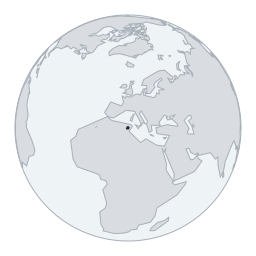 Kassérine highlighted on a globe, orthographic projection, rotated 22°
{"feature_id": "TUN-110", "entity_name": "Kassérine", "entity_type": "Governorate", "adm_level": 1, "iso_a3": "TUN", "parent_name": "Tunisia", "parent_adm1": "", "projection": "orthographic", "projection_center": [8.892, 35.211], "detail": "fine", "context": "on_globe", "style": "filled", "palette": "slate", "viewbox_px": 256, "rotation_deg": 22, "n_neighbors": 0, "source": "natural_earth", "source_scale": "10m", "svg_char_len": 9879}
<svg xmlns="http://www.w3.org/2000/svg" viewBox="0 0 256 256"><g transform="rotate(22 128 128)"><circle cx="128" cy="128" r="113" fill="#eef3f6" stroke="#a8b0b8"/><path d="M69.4,31.8L73.6,29.6L70.5,31.3L72.9,30.2L76.8,28.1L78.9,27.0L92.2,22.5L105.7,18.7L108.8,17.6L109.1,18.1L114.2,16.3L120.1,15.6L120.4,15.6L114.0,16.4L113.9,16.7L118.7,16.0L119.6,16.2L122.4,16.1L123.1,16.4L119.1,17.2L119.4,17.5L122.8,17.1L125.6,17.4L120.5,17.9L124.9,18.6L119.0,20.7L105.0,22.9L102.4,25.4L89.7,31.4L91.5,31.5L87.8,34.3L88.6,35.6L86.0,36.6L88.8,36.8L91.0,35.6L93.0,35.4L93.6,36.1L90.5,37.4L89.7,37.3L89.1,38.1L87.2,38.5L88.5,38.7L84.6,40.4L89.4,39.9L87.0,42.2L84.2,43.1L83.3,41.5L74.6,40.4L71.5,41.3L68.0,43.9L63.6,51.7L60.7,53.5L57.4,57.1L59.6,56.7L62.9,53.8L66.1,54.1L69.7,50.8L71.6,50.6L75.7,48.1L76.3,50.2L74.6,53.7L71.1,56.0L70.3,57.7L74.6,57.2L69.1,63.3L67.1,70.9L65.6,72.4L60.8,72.2L58.3,67.8L52.1,68.6L57.3,70.0L53.4,74.4L53.2,76.0L54.1,77.1L56.1,76.3L55.0,78.3L49.4,77.4L50.3,75.5L52.1,75.7L50.9,73.8L47.1,73.7L45.4,76.2L41.5,74.3L40.2,76.2L38.7,77.0L40.9,74.1L36.8,79.4L31.9,79.8L26.1,89.6L30.5,79.5L31.3,76.3L31.7,73.5L30.7,75.0L32.6,69.9L32.0,69.5L28.3,75.6L27.7,76.7L32.0,69.0L37.0,61.6L42.5,54.7L48.5,48.2L55.0,42.2L62.0,36.7L69.4,31.8ZM24.5,83.5L23.1,87.2L24.2,85.4L23.8,88.0L20.7,94.3L19.4,101.2L17.6,107.3L16.8,112.4L17.0,114.3L16.9,119.0L18.1,117.2L19.5,118.5L18.3,124.0L20.0,120.9L20.1,125.4L23.5,131.9L22.9,132.6L25.6,144.7L30.5,153.4L31.6,158.8L30.9,160.5L33.0,163.3L33.0,164.9L43.3,175.3L49.9,183.2L50.7,188.5L47.0,191.5L48.2,201.2L42.8,199.2L44.4,202.5L45.2,204.4L39.8,198.1L35.0,191.5L30.6,184.5L26.7,177.3L23.4,169.7L20.6,162.0L18.4,154.1L16.8,146.0L15.8,137.8L15.4,129.6L15.9,126.3L16.7,118.0L16.8,115.4L16.3,116.7L17.4,107.0L19.1,99.8L21.0,92.8L24.5,83.5ZM24.4,92.4L23.1,103.4L22.2,100.3L22.7,100.2L23.4,96.6L24.0,91.9L23.7,89.6L24.4,92.4ZM27.4,90.2L27.5,88.7L27.7,89.7L27.4,90.2ZM79.6,26.5L76.8,28.0L72.9,30.0L75.1,28.7L79.6,26.5ZM87.2,23.4L86.1,24.0L83.7,24.8L85.1,24.2L87.2,23.4ZM110.9,16.9L108.4,17.4L110.5,16.9L110.9,16.9ZM122.7,16.0L123.1,15.9L124.4,15.9L122.7,16.0ZM75.2,47.1L75.4,47.6L74.5,47.8L75.2,47.1ZM76.7,45.7L75.4,45.6L76.0,44.9L76.7,45.0L76.7,45.7ZM126.6,16.5L128.5,16.7L125.9,16.6L126.6,16.5ZM78.1,46.0L77.1,43.7L78.1,42.5L81.9,41.9L78.1,46.0ZM129.2,17.0L134.0,17.8L135.4,17.5L134.2,19.1L130.5,17.7L127.0,17.5L129.2,17.3L129.2,17.0ZM91.4,35.0L89.1,36.2L90.5,34.5L91.4,35.0ZM91.8,34.0L93.1,29.7L96.9,28.4L95.7,30.0L100.0,28.0L101.2,29.4L99.1,30.8L96.4,31.3L98.9,31.5L91.8,34.0ZM132.9,20.0L133.4,20.4L132.1,20.1L132.9,20.0ZM93.9,35.1L93.8,34.3L97.0,33.1L97.8,34.6L96.5,34.5L93.9,35.1ZM100.6,26.8L103.1,26.3L104.8,27.3L106.0,27.2L101.6,29.3L100.6,26.8ZM96.1,35.1L98.0,35.4L97.1,36.6L94.2,35.9L96.1,35.1ZM97.6,32.2L99.1,31.7L98.5,32.4L97.6,32.2ZM94.9,41.7L94.7,40.5L96.4,39.8L94.9,41.7ZM98.8,35.4L99.2,34.9L99.8,34.6L100.9,35.0L98.8,35.4ZM103.0,30.0L103.2,30.6L104.9,29.1L106.2,30.0L103.0,31.3L105.0,31.1L105.4,31.3L102.3,32.1L103.0,30.0ZM103.9,34.4L100.3,36.6L100.2,38.8L98.7,39.5L99.1,35.8L103.9,34.4ZM103.2,33.0L103.3,34.0L101.4,34.2L100.2,33.7L103.2,33.0ZM108.3,30.1L107.1,28.5L107.8,28.3L108.3,30.1ZM104.2,34.9L105.1,34.4L104.5,35.1L104.2,34.9ZM107.5,31.5L106.9,30.9L107.8,30.7L107.5,31.5ZM107.3,33.9L106.1,34.6L105.2,34.2L107.3,33.9ZM107.7,32.8L109.0,32.6L105.6,33.7L107.3,32.5L107.7,32.8ZM108.4,31.4L108.7,31.0L108.4,31.6L108.4,31.4ZM111.2,35.1L107.2,36.6L105.3,35.7L109.5,34.3L111.2,35.1ZM208.4,49.1L210.4,51.2L207.6,48.4L207.8,48.9L205.8,47.1L209.2,51.1L206.5,48.7L210.5,53.3L212.0,54.4L210.0,51.5L214.7,56.9L216.2,58.0L219.0,61.6L224.9,70.6L227.3,74.9L230.6,82.0L231.5,83.8L231.2,83.9L233.2,89.5L235.6,94.6L238.7,107.0L238.3,105.3L237.5,105.3L239.2,112.9L239.8,114.5L240.4,120.1L239.9,116.3L239.6,116.1L238.4,109.9L235.7,103.1L235.9,107.7L234.7,104.1L231.0,100.2L230.5,106.8L230.7,122.7L232.7,132.3L231.9,138.7L225.8,129.4L222.1,121.2L220.6,124.1L213.8,120.0L204.0,126.8L202.0,125.0L200.3,127.5L195.4,127.2L192.2,124.0L189.5,125.7L198.0,134.0L200.8,132.2L202.4,126.4L204.3,129.9L208.9,130.9L205.9,143.5L190.4,160.0L187.9,153.1L171.2,136.3L171.1,133.7L170.8,133.0L170.2,137.4L167.0,133.8L177.0,146.7L179.1,152.7L190.2,160.6L189.4,162.1L192.7,163.2L202.0,155.9L202.3,158.3L198.5,171.7L184.7,191.4L186.0,199.5L184.1,206.9L174.3,214.1L174.0,218.6L168.8,221.5L167.7,224.0L162.8,227.4L155.1,230.9L143.4,232.7L143.5,230.9L139.0,227.4L133.2,216.5L137.1,210.5L136.4,205.7L127.8,194.7L129.8,187.9L127.2,185.1L122.1,185.8L119.1,182.3L115.9,182.1L95.4,183.0L88.7,177.4L79.4,160.8L82.7,155.3L82.4,147.9L104.6,125.2L110.3,127.1L129.0,123.8L131.5,124.6L130.4,130.8L145.2,136.8L148.7,131.3L161.1,133.2L168.6,131.2L169.4,119.4L157.0,122.4L153.8,117.4L162.9,110.3L173.5,107.9L172.6,105.9L165.0,103.1L166.5,98.5L162.2,101.8L164.6,103.5L162.0,105.7L159.7,104.4L160.3,102.7L156.8,102.6L154.7,111.0L156.9,113.6L148.4,116.7L151.3,121.4L149.3,124.2L143.7,117.3L143.5,114.4L133.8,107.3L133.2,110.5L142.3,117.6L139.9,117.3L139.1,122.1L137.8,118.2L128.0,110.1L119.7,112.3L110.7,124.2L105.5,124.9L100.5,122.3L102.2,110.3L113.6,110.0L114.3,106.2L110.7,100.6L114.4,101.1L114.3,98.9L118.5,98.6L123.1,93.3L127.1,92.6L127.6,86.0L129.8,84.8L128.8,89.0L130.4,91.7L140.2,90.3L141.8,88.7L141.3,84.6L144.1,84.9L142.4,81.2L147.5,78.7L139.9,78.7L139.1,74.4L141.5,70.7L139.9,69.4L136.0,75.6L135.7,78.1L137.7,80.1L135.6,87.6L132.5,89.1L129.5,81.7L124.7,83.3L124.4,77.2L134.9,63.7L140.0,60.7L151.0,64.1L150.6,66.9L146.4,67.0L151.4,70.6L150.4,68.5L152.7,68.9L152.6,65.3L154.2,65.4L151.3,61.9L153.3,61.7L155.1,63.9L156.6,58.8L160.4,57.6L160.0,56.4L158.4,55.5L164.3,54.9L163.7,54.0L161.5,53.9L159.0,52.2L156.8,49.1L158.9,49.1L160.0,50.2L165.5,52.6L168.1,55.8L168.7,55.5L167.0,52.8L160.3,49.7L158.3,47.9L161.6,48.9L160.3,48.4L160.0,47.5L161.7,46.7L158.1,45.5L151.9,36.8L154.6,34.6L158.2,36.2L156.1,31.1L159.3,29.6L157.3,29.4L155.0,27.2L154.0,27.6L152.8,27.4L146.4,22.6L146.5,21.7L141.5,20.0L140.5,20.0L140.1,20.5L134.2,19.1L135.4,17.5L137.6,17.6L136.8,16.8L142.0,17.2L146.0,17.5L152.2,18.9L154.8,19.3L154.2,18.9L157.2,19.4L165.7,21.9L161.6,21.2L149.5,19.1L154.7,19.9L154.3,20.2L156.7,20.9L160.3,21.6L160.2,21.3L170.2,26.2L180.5,30.7L177.7,28.4L178.9,28.4L188.2,33.0L204.0,45.2L205.7,46.4L207.1,47.8L208.4,49.1ZM98.2,137.8L97.9,140.1L98.2,137.8ZM185.7,111.1L191.5,108.9L187.2,103.1L189.0,101.9L186.9,100.4L186.8,102.7L181.4,98.6L183.2,95.4L181.7,92.7L179.7,93.4L177.1,99.9L185.0,105.7L184.4,109.1L185.7,111.1ZM23.6,132.0L23.9,133.9L23.2,132.9L23.6,132.0ZM21.3,102.0L21.4,103.5L21.2,105.0L20.9,104.2L21.3,102.0ZM24.4,113.7L24.9,115.7L24.0,114.5L24.4,113.7ZM23.1,105.1L23.9,112.3L22.2,110.6L21.8,106.2L22.5,107.9L23.1,105.1ZM25.7,92.5L25.6,93.8L25.0,94.4L25.7,92.5ZM27.5,91.0L27.4,90.7L27.8,89.5L27.5,91.0ZM53.7,74.4L54.1,74.6L54.7,75.9L53.6,76.0L53.7,74.4ZM61.7,78.8L59.8,82.0L60.4,79.6L58.6,80.1L57.8,75.8L64.8,73.0L61.8,74.9L61.7,78.8ZM58.7,69.7L58.4,72.5L58.4,69.6L58.7,69.7ZM109.7,88.1L111.6,89.5L110.6,92.0L105.5,93.6L106.8,89.9L109.7,88.1ZM114.4,90.9L112.8,83.6L115.9,82.5L114.4,84.3L116.7,84.3L114.9,87.3L119.4,93.8L118.9,96.5L109.7,97.6L113.0,95.6L111.0,94.3L114.4,90.9ZM103.2,69.1L102.5,66.6L110.1,67.4L109.9,69.7L104.8,71.3L102.0,69.6L103.2,69.1ZM85.0,45.6L84.3,45.0L85.2,44.6L86.5,44.7L85.0,45.6ZM94.7,41.2L89.2,47.6L88.1,47.3L86.2,51.8L82.5,52.7L83.8,49.7L79.6,53.9L79.3,51.6L76.8,54.7L80.1,47.8L79.7,46.1L81.6,47.6L85.0,46.8L86.3,45.9L89.8,42.3L90.6,38.4L94.1,37.2L96.3,37.4L96.7,38.1L94.3,38.6L96.5,39.3L93.3,40.6L94.7,41.2ZM120.9,43.8L118.0,43.5L121.9,46.2L118.7,47.0L119.3,47.3L117.5,48.9L116.3,51.3L114.8,51.4L115.0,52.3L113.8,53.5L113.6,54.9L110.6,55.6L110.2,57.4L109.0,56.7L109.0,59.7L107.7,57.8L106.0,59.3L108.1,60.3L92.8,62.1L87.4,64.7L83.6,68.0L81.9,64.8L84.4,59.7L89.1,54.7L94.6,52.8L92.9,51.8L95.0,50.7L95.5,51.9L95.9,49.4L97.8,48.8L102.0,45.1L101.5,42.1L103.0,40.8L104.1,41.7L104.9,39.8L108.0,40.7L109.2,39.9L113.4,40.1L114.9,42.6L116.1,41.4L119.3,41.7L120.9,43.8ZM112.4,35.2L114.9,37.7L114.4,39.5L107.2,38.4L105.7,39.1L101.1,38.8L101.9,36.3L103.2,36.6L104.6,36.3L103.7,37.2L105.5,36.3L107.2,36.7L109.0,36.2L109.3,37.1L112.4,35.2ZM133.7,122.2L135.5,122.3L138.2,121.7L137.8,124.9L133.7,122.2ZM126.9,116.7L128.5,116.2L129.2,120.2L127.3,120.2L126.9,116.7ZM128.7,112.7L128.5,115.9L127.5,114.2L128.7,112.7ZM130.2,88.4L131.8,87.7L132.2,88.7L131.6,90.2L130.2,88.4ZM131.7,53.1L130.1,52.3L130.4,51.8L128.5,49.1L130.7,48.5L132.7,49.8L131.7,53.1ZM167.7,121.9L165.9,124.6L164.5,123.9L165.4,123.1L167.7,121.9ZM151.4,125.3L155.4,126.0L151.2,126.1L151.4,125.3ZM133.8,51.9L132.7,50.8L134.5,51.2L133.8,51.9ZM132.2,47.9L134.2,48.0L130.8,48.1L132.2,47.9ZM200.1,199.0L191.2,213.1L186.8,215.0L186.9,212.2L190.9,204.4L196.3,200.2L199.3,195.6L200.1,199.0ZM240.6,127.3L239.9,123.3L240.1,121.2L240.5,121.7L240.6,127.3ZM233.1,132.9L234.9,136.8L234.2,139.0L233.1,132.9ZM232.6,86.3L233.3,88.3L232.7,87.1L231.5,83.8L232.6,86.3ZM151.0,46.5L151.2,50.8L152.8,53.8L155.9,55.3L151.5,55.2L149.1,50.5L151.0,46.5ZM151.6,37.9L148.8,36.9L149.9,36.3L150.7,36.5L151.6,37.9ZM150.0,38.0L146.7,38.7L145.1,37.5L148.0,37.2L150.0,38.0ZM140.3,44.9L140.2,46.2L138.8,45.8L140.3,44.9ZM188.8,33.2L185.6,31.2L184.5,30.6L188.8,33.2ZM183.6,30.0L184.4,30.6L177.4,27.8L175.4,27.0L179.6,28.0L180.6,28.7L182.7,29.7L183.6,30.0ZM134.4,20.2L133.5,20.4L133.7,20.0L134.4,20.2ZM152.3,27.6L150.8,27.2L151.1,26.7L152.3,27.6ZM146.8,26.0L147.6,26.8L145.9,25.9L146.8,26.0ZM149.4,28.9L147.4,27.2L150.6,28.8L149.4,28.9Z" fill="#d9dde1" stroke="#a8b0b8" stroke-width="1"/><path d="M127.0,128.9L127.0,128.7L127.0,128.4L127.1,128.2L127.3,127.9L127.2,127.9L127.0,127.7L127.1,127.4L127.1,127.2L127.3,127.1L127.5,127.1L127.6,126.9L127.8,126.9L128.1,127.0L128.3,127.2L128.5,127.2L128.5,127.3L128.7,127.5L128.5,127.8L128.4,127.8L128.4,128.0L128.6,128.0L128.6,128.3L128.4,128.4L128.3,128.5L128.2,128.6L128.3,128.7L127.9,128.9L127.7,129.0L127.4,129.1L127.1,129.0L127.1,128.9L127.0,128.9Z" fill="#64748b" stroke="#1e293b" stroke-width="1.5"/></g></svg>